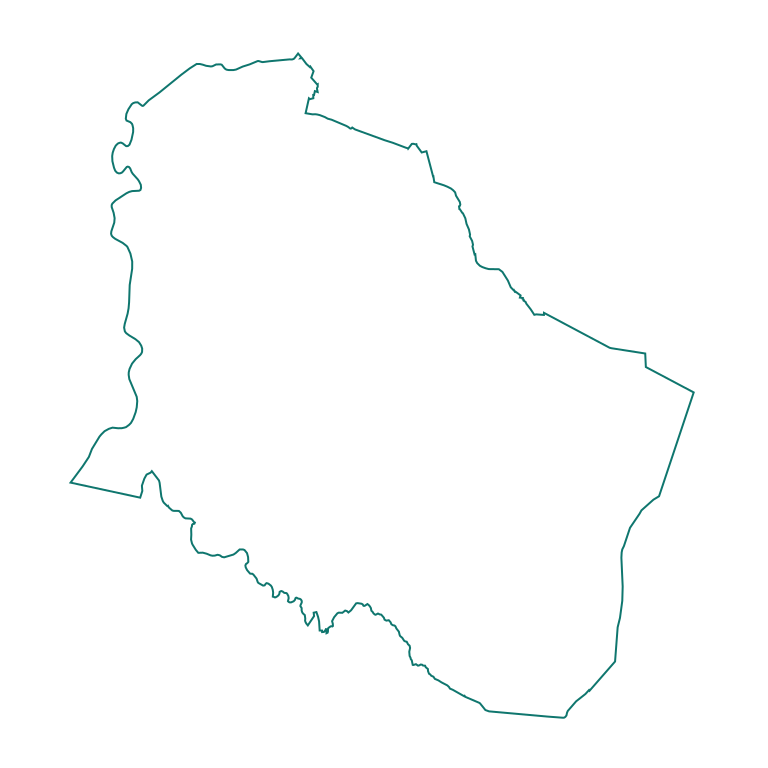 Westerkwartier, Groningen, Netherlands, rotated 272°
{"feature_id": "6326949B76926686027911", "entity_name": "Westerkwartier", "entity_type": "district", "adm_level": 2, "iso_a3": "NLD", "parent_name": "Netherlands", "parent_adm1": "Groningen", "projection": "equal_earth", "projection_center": [6.305, 53.214], "detail": "fine", "context": "isolated", "style": "outline", "palette": "teal", "viewbox_px": 768, "rotation_deg": 272, "n_neighbors": 0, "source": "geoboundaries", "source_scale": "gbopen_adm2", "svg_char_len": 6132}
<svg xmlns="http://www.w3.org/2000/svg" viewBox="0 0 768 768"><g transform="rotate(272 384 384)"><path d="M705.1,278.2L702.6,258.5L701.5,251.8L701.5,250.9L702.4,247.4L702.3,246.4L698.7,238.5L696.3,231.7L693.1,225.2L692.5,222.6L692.3,218.0L692.6,215.9L693.1,214.7L694.0,213.6L697.4,210.7L697.7,209.6L697.5,205.1L695.6,201.5L695.3,199.9L695.8,195.1L696.8,191.7L697.4,188.7L697.3,185.6L692.7,178.9L686.0,170.6L667.6,149.5L659.3,139.0L653.8,133.9L653.5,133.2L653.7,132.4L656.9,128.0L656.7,125.5L656.0,123.6L654.8,122.1L649.7,119.0L644.9,117.1L640.1,116.7L638.3,117.5L636.8,121.4L635.3,123.0L634.0,123.6L630.9,124.4L627.1,124.5L619.3,123.1L614.3,121.3L613.0,119.9L612.7,118.8L612.8,117.9L615.4,114.4L616.1,112.6L615.7,111.0L615.0,109.6L612.9,107.6L609.4,105.9L605.7,104.8L602.3,104.4L597.2,104.8L590.8,106.6L587.8,107.9L586.0,109.6L585.3,111.3L585.3,112.7L586.0,114.5L587.3,115.8L591.9,119.3L592.3,120.3L592.0,121.5L590.6,122.8L587.0,124.4L585.4,125.5L579.9,130.8L578.1,132.1L574.6,134.0L571.5,134.4L569.4,133.8L568.6,132.5L568.0,125.5L567.1,122.7L565.6,119.9L558.1,109.3L554.8,106.2L553.3,105.6L551.3,105.7L545.7,107.8L540.3,109.0L535.9,108.8L527.1,106.2L524.6,106.0L522.7,106.7L521.4,107.9L519.7,110.3L515.9,117.9L513.0,121.9L512.0,122.8L505.5,126.0L497.6,128.1L490.4,128.3L474.1,126.4L456.8,126.4L450.8,126.1L445.3,125.3L435.0,122.8L431.3,122.3L427.5,123.2L425.8,124.6L423.6,127.8L420.2,133.9L417.3,137.7L413.9,140.0L410.9,141.1L407.6,141.1L405.9,140.4L404.4,139.3L400.2,135.0L395.6,131.5L390.2,129.2L386.8,128.5L384.3,128.5L380.0,129.3L362.6,137.3L358.3,138.0L352.1,137.7L347.2,136.8L340.4,134.6L336.3,132.5L334.3,130.7L331.9,127.7L331.3,125.9L330.7,123.5L330.5,119.8L330.9,114.2L329.6,110.6L327.1,106.4L323.7,103.2L321.5,101.5L308.9,94.4L300.8,91.6L291.0,85.6L274.5,74.2L261.9,144.3L268.7,146.2L273.9,145.6L281.1,147.8L285.2,149.9L287.3,153.9L288.8,155.0L279.7,162.5L277.4,163.2L263.7,165.4L259.4,167.0L257.8,168.0L254.5,171.6L254.1,172.5L254.3,172.6L253.0,173.4L250.3,176.7L249.9,177.9L250.0,183.4L248.3,185.4L244.7,187.5L243.4,189.0L242.8,190.3L242.7,195.4L241.9,196.9L239.2,199.1L238.9,199.8L237.8,199.4L237.3,197.7L236.5,197.1L234.9,197.0L232.9,196.3L226.6,196.7L221.8,196.6L217.9,197.7L216.6,198.4L211.7,201.7L208.8,204.3L209.1,208.8L208.2,212.7L206.7,216.7L206.4,218.6L206.6,220.9L207.5,223.6L207.3,224.9L207.0,226.0L205.6,228.1L205.2,230.3L208.3,239.5L209.9,241.7L213.6,245.5L213.7,248.9L213.2,250.4L210.2,253.0L206.3,254.2L201.5,254.6L200.2,253.6L199.2,252.3L197.8,251.8L195.9,252.2L193.2,253.7L189.9,256.7L189.7,257.9L189.8,258.9L189.0,260.1L185.1,263.4L181.7,264.7L180.8,265.4L178.3,270.2L178.6,271.7L180.4,272.9L180.9,273.7L180.4,275.5L178.6,278.0L177.2,279.0L174.5,280.0L171.6,280.5L167.6,280.3L167.3,281.6L167.0,282.0L167.0,283.1L168.1,284.8L169.1,285.9L170.5,286.7L172.7,287.0L173.5,288.5L173.1,289.9L171.8,291.6L171.6,293.9L170.7,294.7L168.8,295.8L166.7,296.2L163.6,295.6L163.1,296.1L162.5,297.1L162.5,298.7L163.7,301.3L165.4,302.7L166.7,302.9L167.3,303.5L167.4,304.1L166.6,305.6L166.3,307.5L165.6,308.6L164.2,309.4L162.7,309.4L160.1,308.3L159.1,308.2L157.2,309.5L154.7,309.6L152.8,310.3L151.7,311.2L150.3,312.9L146.8,313.5L144.7,313.4L143.5,313.8L141.9,314.7L140.1,316.3L149.6,322.2L153.0,321.7L153.7,324.4L149.1,326.2L144.5,327.4L135.4,328.3L135.4,330.7L133.9,330.8L134.1,332.6L135.9,334.0L137.7,334.8L132.9,335.2L133.0,335.4L133.5,336.3L134.5,336.6L137.6,336.6L138.3,337.0L139.9,339.1L140.1,339.7L139.9,340.9L140.4,341.4L142.6,341.2L145.2,340.4L149.2,342.3L153.2,345.4L153.9,346.7L153.9,350.4L156.2,353.1L155.8,354.8L154.4,356.4L156.7,359.0L163.8,363.8L164.1,365.3L163.6,369.3L163.0,370.4L161.7,371.2L161.5,371.8L161.8,372.7L163.5,375.1L162.5,376.5L161.2,377.7L159.6,378.7L157.0,379.3L155.7,380.7L154.4,381.5L153.3,382.9L153.1,383.7L154.4,386.0L153.6,387.7L153.4,389.3L150.5,392.0L148.5,392.8L147.6,394.6L148.1,397.0L146.1,398.9L144.1,399.8L143.2,401.4L143.0,402.9L142.2,403.9L140.1,404.9L137.0,407.5L133.7,408.4L132.6,409.0L131.0,411.1L128.1,413.1L127.5,414.2L127.2,415.7L124.7,417.1L123.4,418.7L121.1,419.3L117.3,418.6L113.1,419.1L111.5,420.0L110.0,420.4L108.8,421.4L104.3,422.5L104.2,423.2L105.1,425.7L103.7,427.8L104.1,429.2L104.9,430.4L104.8,431.8L104.0,432.8L103.9,434.9L102.4,435.6L100.7,437.8L98.7,438.0L96.0,439.1L95.4,440.3L94.1,441.4L93.2,443.6L91.1,445.1L89.7,448.7L87.8,451.9L85.0,457.8L83.4,459.6L81.9,460.5L80.8,463.4L74.8,474.9L75.2,475.4L74.2,476.1L68.7,490.3L68.2,491.1L61.7,496.7L60.5,500.4L57.3,559.7L56.7,574.8L56.9,575.8L57.6,576.8L59.1,577.9L61.9,578.4L63.7,579.1L73.6,587.1L81.2,596.1L85.3,599.6L84.6,600.1L114.7,624.6L149.0,626.0L158.5,628.0L175.6,629.7L189.9,629.6L218.7,627.3L224.0,627.4L227.0,627.9L230.3,629.4L248.9,634.9L263.2,643.9L266.7,645.7L277.8,657.3L281.4,662.8L386.4,693.8L410.1,645.1L423.6,644.0L427.7,610.0L428.1,608.2L460.7,541.4L458.6,541.4L458.9,533.7L458.4,531.8L463.9,527.9L469.3,523.4L470.9,522.7L472.2,520.6L472.6,520.9L473.5,520.4L474.0,519.5L474.8,519.7L475.1,516.8L477.3,517.4L480.4,512.9L480.4,512.5L480.9,512.1L480.7,511.6L482.5,510.5L482.3,510.2L485.1,507.3L491.7,504.2L500.2,498.4L502.7,494.8L502.5,484.7L503.2,481.6L504.3,478.2L505.5,475.7L508.1,472.9L510.4,471.6L516.9,470.7L516.6,470.0L524.6,467.6L526.2,468.1L530.0,467.1L534.6,464.5L536.3,464.8L541.4,463.5L546.9,460.9L552.4,459.5L557.4,456.9L557.7,456.3L561.6,453.5L561.6,453.2L564.2,452.8L564.7,453.6L566.0,454.0L568.6,453.4L574.7,449.4L578.0,448.4L580.0,446.4L581.7,444.1L583.4,440.4L584.7,436.9L587.4,427.2L593.3,426.1L593.2,425.8L618.1,418.3L616.7,413.6L623.3,408.4L624.8,408.0L624.6,407.3L625.1,404.8L624.9,403.4L620.0,399.9L620.4,399.7L620.9,397.6L625.4,384.3L627.7,376.0L637.4,346.2L639.2,343.3L638.3,342.5L638.1,341.4L639.7,339.1L640.7,337.1L646.3,322.4L647.2,318.5L648.7,315.6L650.5,310.4L651.0,307.9L651.2,306.1L651.0,303.1L651.9,296.2L666.9,299.0L666.1,300.0L667.1,303.4L670.4,303.2L670.4,304.0L674.3,304.7L673.5,307.5L676.8,306.7L677.7,306.8L678.7,307.4L681.3,307.3L681.0,306.8L687.6,300.6L694.2,302.7L698.7,299.3L698.1,298.9L701.1,295.3L706.8,290.7L706.6,289.1L707.6,289.9L711.3,286.6L706.9,283.5L705.7,282.4L705.1,280.7L705.1,278.2Z" fill="none" stroke="#0f766e" stroke-width="2"/></g></svg>